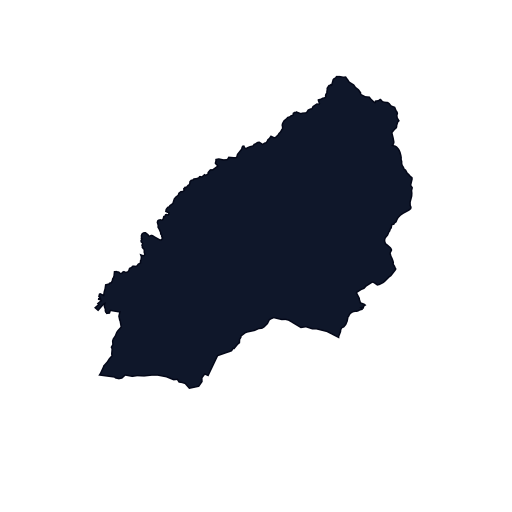 the district of Piatra Soimului, Neamt, Romania, rotated 149°
{"feature_id": "2599482B93411472256847", "entity_name": "Piatra Soimului", "entity_type": "district", "adm_level": 2, "iso_a3": "ROU", "parent_name": "Romania", "parent_adm1": "Neamt", "projection": "mercator", "projection_center": [26.345, 46.823], "detail": "fine", "context": "isolated", "style": "filled", "palette": "ink", "viewbox_px": 512, "rotation_deg": 149, "n_neighbors": 0, "source": "geoboundaries", "source_scale": "gbopen_adm2", "svg_char_len": 6090}
<svg xmlns="http://www.w3.org/2000/svg" viewBox="0 0 512 512"><g transform="rotate(149 256 256)"><path d="M413.5,283.7L411.0,282.6L410.3,283.2L410.5,283.6L408.6,284.2L401.7,278.3L401.4,278.2L404.5,275.0L405.8,271.3L405.9,270.2L408.1,264.5L413.0,263.0L414.7,262.2L417.7,259.9L421.0,258.4L422.7,256.9L424.2,253.8L426.9,252.3L427.1,250.7L427.5,249.9L430.2,246.2L430.5,244.7L434.6,243.4L438.0,241.7L443.2,240.1L443.7,239.5L449.6,235.5L451.4,234.6L439.5,225.1L439.2,223.9L436.7,221.5L433.8,220.5L429.4,221.4L424.0,216.6L419.4,214.7L413.7,210.9L406.8,207.7L401.6,204.6L395.0,198.7L390.3,192.4L386.9,190.8L386.8,187.6L384.6,185.8L382.3,183.2L381.2,177.0L372.2,173.9L367.0,176.2L365.2,179.5L360.7,181.3L358.6,178.3L340.3,190.4L325.8,187.4L323.1,188.7L322.5,188.0L317.2,189.9L314.9,190.2L313.0,193.0L310.9,194.1L310.1,195.2L304.7,195.8L302.6,195.4L295.6,193.0L291.2,192.5L288.1,191.1L285.7,191.1L281.1,192.2L277.5,194.5L275.4,194.5L272.5,194.1L266.6,188.3L263.3,186.5L261.0,184.2L254.3,171.6L249.6,169.7L245.1,164.5L241.6,162.4L234.0,154.8L227.1,143.7L226.5,144.6L222.6,147.6L221.3,149.3L219.4,150.4L217.3,150.1L214.4,151.1L211.4,153.3L208.6,156.4L207.4,156.8L206.2,157.7L204.5,158.3L201.9,158.4L199.4,157.6L198.2,156.8L196.5,156.4L195.1,156.4L192.5,155.7L192.1,156.3L192.8,157.8L192.3,157.8L191.2,156.9L190.8,156.3L189.5,157.6L187.7,157.7L188.2,159.0L190.6,162.0L189.9,165.3L189.3,166.6L188.9,172.6L188.6,173.0L183.1,173.2L180.1,172.7L177.1,173.6L169.9,173.8L169.4,173.5L168.5,172.4L166.9,168.7L164.9,168.1L160.9,167.8L159.0,168.0L152.5,169.6L150.6,169.7L143.9,172.3L142.9,172.9L142.9,174.2L142.6,175.9L142.7,178.4L141.6,179.8L141.1,181.7L140.7,184.0L140.5,186.6L140.1,187.5L140.0,188.8L138.9,190.0L137.0,191.1L136.6,191.9L136.6,193.7L137.8,197.6L138.7,199.9L138.1,202.6L136.7,204.5L135.2,205.3L132.5,206.2L129.5,208.4L128.6,208.6L127.2,209.9L125.6,210.5L123.5,213.0L121.5,212.3L120.5,213.0L118.4,213.2L116.4,214.7L114.5,215.8L111.2,216.7L107.8,216.9L101.3,216.6L99.2,216.9L98.4,217.5L98.0,218.4L97.8,220.0L96.2,222.8L91.7,227.2L90.1,229.6L89.0,232.0L87.1,233.9L86.9,234.3L87.1,236.1L86.9,237.2L82.6,241.6L82.0,242.8L82.9,245.3L83.1,247.0L83.8,249.4L83.6,252.5L84.4,254.5L84.0,256.0L84.1,258.4L83.5,260.3L82.5,261.9L81.9,264.1L80.9,265.6L80.1,267.6L79.2,270.7L78.9,272.9L78.9,274.3L79.4,277.0L80.2,278.5L82.2,280.5L80.5,281.3L79.2,282.6L77.7,286.6L76.1,291.8L72.2,293.2L69.7,293.7L69.0,294.3L68.2,295.5L65.4,298.0L63.9,298.3L63.9,301.6L62.9,304.0L61.4,305.4L61.2,306.0L61.0,307.4L61.2,308.2L60.6,312.0L62.7,314.6L63.1,315.5L63.4,318.0L64.1,319.7L66.6,321.5L68.2,323.1L68.5,325.3L68.9,326.2L71.0,326.0L73.8,327.2L74.6,326.1L75.4,326.4L76.8,331.2L77.1,333.8L80.4,336.2L82.9,340.2L82.9,341.1L82.3,342.1L82.6,345.7L84.0,349.3L84.2,352.3L86.3,356.4L86.7,357.6L86.7,360.1L86.9,361.2L87.0,363.2L89.1,364.2L91.9,366.7L94.6,368.3L96.0,367.6L98.1,367.7L99.0,367.4L103.2,363.4L103.5,363.4L103.7,364.3L104.8,364.2L105.7,364.5L108.6,363.1L109.1,362.1L110.6,360.3L110.9,359.5L112.9,358.5L113.9,357.4L113.9,356.6L114.5,356.3L115.7,356.2L117.8,356.9L119.3,356.8L122.1,357.7L122.4,357.2L123.0,354.1L123.6,353.7L124.4,354.0L125.5,354.9L130.1,354.7L131.9,353.5L132.7,353.4L133.6,353.9L136.1,354.2L137.9,353.2L139.5,352.9L142.7,354.5L144.3,354.9L147.2,358.6L147.6,358.3L148.1,358.5L148.8,359.1L150.5,359.1L151.4,357.8L152.0,357.7L154.0,358.1L154.6,357.8L155.7,357.9L157.6,358.4L158.7,357.9L162.3,357.4L164.9,355.9L166.0,354.8L166.5,353.9L166.4,353.5L166.7,352.9L168.0,351.1L168.8,351.0L171.0,349.7L173.3,349.1L174.4,348.4L178.3,347.5L179.6,348.0L181.5,350.9L183.9,349.8L185.9,349.5L187.1,348.6L189.0,347.8L190.6,348.3L192.8,348.1L194.7,351.9L196.4,352.5L198.8,352.3L200.1,352.6L201.5,351.9L202.3,351.9L204.7,352.7L207.9,353.2L209.1,353.0L209.8,354.0L210.1,354.7L209.8,356.4L210.6,356.9L211.8,356.4L213.1,355.0L219.5,352.6L221.7,350.5L223.1,350.8L224.5,351.7L228.5,354.6L230.2,353.6L231.4,353.5L234.3,355.0L237.9,358.3L240.6,359.3L241.4,358.0L243.0,356.5L242.8,354.8L242.4,353.7L242.6,352.7L248.8,352.1L250.5,353.2L251.1,353.2L254.0,352.2L254.3,351.4L254.8,351.1L257.2,350.9L257.6,351.1L258.2,352.2L261.3,351.6L261.8,351.7L263.1,352.9L263.6,353.0L264.5,352.4L266.8,352.8L269.6,354.0L271.1,353.6L272.6,354.2L274.3,353.7L275.5,352.1L276.8,351.4L277.8,351.5L280.5,350.6L281.2,351.3L281.6,351.4L282.1,350.8L282.4,351.0L283.2,350.9L283.5,350.4L283.2,349.6L283.6,349.2L285.6,348.9L287.2,349.8L289.7,349.5L291.5,348.0L294.1,347.8L296.6,347.0L300.2,343.8L303.8,343.5L305.2,342.8L306.6,343.1L308.9,342.2L310.3,340.7L309.3,339.1L308.3,338.1L308.3,337.8L308.6,337.7L309.1,336.8L310.4,336.4L311.1,337.5L312.3,337.9L313.6,337.0L314.1,336.9L314.7,337.3L316.4,335.6L317.6,335.1L318.4,335.2L319.2,336.2L320.8,336.8L321.9,336.8L323.2,335.7L324.0,332.7L325.1,331.1L325.1,329.0L325.5,326.1L325.5,325.3L325.9,324.8L326.3,323.8L326.1,322.0L326.9,321.0L326.7,319.7L328.7,318.5L330.1,319.2L333.2,324.6L334.2,326.7L335.2,327.6L336.9,327.7L337.5,328.1L337.7,330.0L338.8,332.9L340.1,333.6L341.7,333.7L342.4,333.5L344.0,332.2L344.1,331.4L345.2,330.1L344.8,329.3L346.4,328.6L347.1,327.3L347.1,327.0L346.6,326.3L346.7,325.2L347.0,324.7L347.8,324.3L348.3,323.8L348.5,322.4L349.0,321.9L348.8,320.3L348.5,319.9L348.6,319.1L349.2,317.7L349.8,317.0L350.4,314.6L351.9,314.0L352.8,314.5L354.2,316.3L354.5,314.8L355.0,313.8L356.4,312.0L357.4,311.4L358.6,309.5L361.1,309.6L363.0,308.8L364.1,308.8L366.6,310.6L367.3,310.7L368.0,310.3L369.4,310.2L370.2,310.5L371.3,310.1L372.3,309.0L374.4,308.3L376.4,309.2L377.3,310.6L378.5,310.8L379.4,310.3L380.9,310.6L381.7,311.3L381.8,312.6L382.6,313.5L383.3,313.8L383.5,314.4L385.4,315.4L388.1,311.8L388.5,311.6L388.6,311.2L390.5,310.3L392.5,308.2L392.9,308.2L393.6,307.6L395.6,308.1L396.6,307.4L397.1,307.9L399.7,308.7L402.3,305.5L404.5,303.5L406.9,300.6L409.0,303.8L409.8,303.9L411.5,302.2L411.0,301.2L411.3,300.8L411.2,299.8L411.6,299.7L412.8,300.4L413.2,299.9L412.0,298.8L411.5,298.0L411.6,297.4L416.0,296.7L415.6,295.4L420.5,294.5L419.3,290.8L411.6,293.3L410.0,293.2L411.3,292.0L412.0,290.7L412.5,288.0L413.4,286.6L413.7,285.2L413.4,284.4L413.5,283.7Z" fill="#0f172a" stroke="#020617" stroke-width="1.5"/></g></svg>